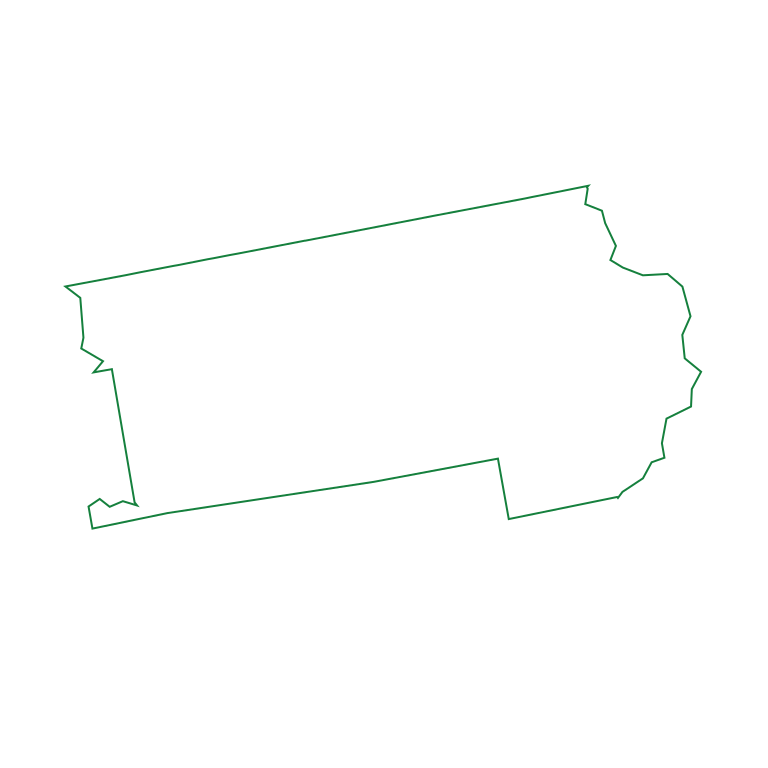 Clay, Arkansas, United States of America, rotated 349°
{"feature_id": "52423323B51482059036815", "entity_name": "Clay", "entity_type": "district", "adm_level": 2, "iso_a3": "USA", "parent_name": "United States of America", "parent_adm1": "Arkansas", "projection": "orthographic", "projection_center": [-90.411, 36.349], "detail": "fine", "context": "isolated", "style": "outline", "palette": "green", "viewbox_px": 768, "rotation_deg": 349, "n_neighbors": 0, "source": "geoboundaries", "source_scale": "gbopen_adm2", "svg_char_len": 937}
<svg xmlns="http://www.w3.org/2000/svg" viewBox="0 0 768 768"><g transform="rotate(349 384 384)"><path d="M89.9,227.5L102.3,241.5L97.8,281.2L93.6,291.4L112.5,308.0L101.2,317.2L119.7,317.5L116.6,452.6L118.4,456.1L105.3,449.2L91.3,452.2L83.0,442.6L70.6,447.9L70.2,470.3L146.9,469.4L355.3,478.1L481.6,479.0L480.7,540.4L591.3,539.4L591.9,540.5L597.5,535.4L620.2,526.0L631.8,511.9L645.2,509.9L645.5,495.2L654.7,471.9L681.1,464.7L685.2,447.7L697.6,432.5L684.1,416.2L686.2,392.7L697.8,376.0L695.5,345.3L683.4,330.1L658.9,326.7L640.7,315.3L629.9,305.5L638.0,292.7L631.8,268.3L631.0,255.5L616.6,246.3L615.9,245.9L621.2,231.2L620.7,229.6L622.3,228.4L587.4,228.6L567.7,228.7L564.9,228.7L557.9,228.8L464.4,228.4L334.1,228.3L333.7,228.2L329.4,228.2L265.4,228.1L257.6,228.0L250.1,228.0L240.7,228.0L234.7,227.9L204.4,228.0L200.4,227.9L166.9,227.8L151.5,227.9L105.7,227.6L91.5,227.5L89.9,227.5Z" fill="none" stroke="#15803d" stroke-width="2"/></g></svg>